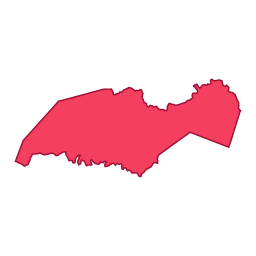 the district of Itambé, Bahia, Brazil
{"feature_id": "56859067B38142697000043", "entity_name": "Itambé", "entity_type": "district", "adm_level": 2, "iso_a3": "BRA", "parent_name": "Brazil", "parent_adm1": "Bahia", "projection": "albers", "projection_center": [-40.457, -15.162], "detail": "fine", "context": "isolated", "style": "filled", "palette": "rose", "viewbox_px": 256, "rotation_deg": 0, "n_neighbors": 0, "source": "geoboundaries", "source_scale": "gbopen_adm2", "svg_char_len": 4482}
<svg xmlns="http://www.w3.org/2000/svg" viewBox="0 0 256 256"><path d="M58.7,101.0L51.9,108.7L41.0,120.8L39.4,122.5L31.7,131.1L23.2,140.6L15.4,161.4L16.5,161.7L17.4,162.2L18.6,162.9L20.0,163.3L20.9,163.9L22.0,164.2L23.1,165.1L24.0,165.9L25.1,166.0L26.1,165.4L26.9,164.9L28.1,164.3L28.6,163.3L29.1,161.8L29.6,160.9L30.0,160.1L30.0,159.1L30.1,158.1L30.8,157.3L31.7,156.0L32.2,154.4L33.5,154.0L34.5,154.0L35.4,153.8L36.5,154.0L37.8,153.8L38.7,153.2L39.6,153.0L40.5,153.3L41.6,153.8L42.7,154.3L43.7,154.6L44.6,154.9L45.6,154.6L46.5,154.3L47.4,154.2L48.4,154.1L49.4,153.7L50.7,153.3L52.0,153.3L53.1,153.3L54.4,154.1L55.5,155.3L56.8,155.6L57.7,155.5L58.5,154.8L59.5,153.8L60.4,153.6L61.5,153.1L62.3,152.3L63.6,152.0L64.5,152.0L65.8,152.0L65.8,153.4L66.0,154.5L66.4,155.3L67.0,156.4L68.0,157.7L68.4,159.2L68.7,160.3L69.5,160.8L70.9,160.4L72.3,160.6L72.9,161.2L72.6,162.3L73.5,163.1L74.7,162.8L75.3,161.8L75.3,160.7L75.5,159.2L76.1,157.5L76.8,156.5L77.7,156.2L78.6,155.6L79.4,155.1L80.5,155.5L79.3,156.6L79.0,157.7L78.8,158.8L78.2,160.3L77.8,161.2L77.8,162.3L78.1,163.6L78.7,164.8L79.6,164.5L80.7,163.5L80.8,162.2L80.9,161.2L81.9,160.1L82.9,160.5L83.7,161.0L84.8,161.7L85.1,162.5L85.5,163.5L85.6,164.7L86.7,165.7L87.8,165.2L88.7,164.8L89.8,164.8L90.8,165.2L91.8,164.8L91.4,163.4L91.0,162.2L90.8,161.2L90.9,160.1L91.9,159.7L92.6,160.7L93.0,161.6L93.9,162.4L94.8,163.3L96.0,163.5L97.1,164.1L98.3,164.2L99.3,164.0L99.9,163.3L100.5,161.8L101.5,162.4L103.1,162.7L104.0,161.9L105.0,161.2L106.4,162.2L105.5,163.1L104.9,164.3L104.7,165.4L105.2,166.6L106.5,166.3L107.6,166.1L109.1,165.6L109.8,164.5L111.1,164.3L111.8,163.4L113.2,163.5L114.7,164.1L115.6,165.2L116.3,164.1L117.4,163.5L118.4,164.0L119.2,164.3L120.1,164.0L121.0,163.7L121.8,164.5L121.9,165.6L121.6,166.4L121.8,167.8L122.2,169.2L123.4,169.2L124.2,167.8L125.4,167.7L126.1,168.5L126.7,169.7L127.5,170.8L128.4,170.3L129.8,170.5L131.1,171.1L131.6,172.6L132.4,173.1L133.7,172.8L134.9,172.9L136.0,172.9L137.0,173.1L137.9,174.1L138.8,175.9L140.0,176.7L141.1,176.2L141.4,175.4L141.6,173.9L142.8,172.9L143.8,172.4L144.6,171.4L145.2,170.4L146.1,169.6L146.9,169.2L148.0,168.4L149.6,167.6L150.8,167.0L151.5,166.2L152.1,165.4L152.4,164.5L153.1,163.6L154.1,162.7L155.4,162.6L156.5,162.9L157.6,163.2L157.7,161.9L157.6,160.4L157.4,159.3L157.2,158.2L157.9,157.2L158.2,155.9L159.0,154.7L160.1,153.9L181.7,138.2L183.8,136.8L185.1,135.9L189.8,132.4L191.0,132.6L228.7,147.2L230.9,140.9L236.4,123.0L238.8,115.5L239.8,112.1L240.6,110.7L239.1,109.4L238.7,108.3L238.4,107.4L238.7,106.5L238.8,105.5L238.6,104.5L238.7,103.3L238.4,102.0L237.8,101.1L237.1,100.1L236.8,98.7L236.2,97.3L235.6,96.2L235.5,95.2L235.0,94.4L234.2,94.1L233.6,93.5L232.7,92.6L231.1,92.3L229.5,92.0L228.2,91.2L228.6,90.2L228.6,89.1L228.9,87.8L228.1,86.6L227.4,86.1L226.5,85.2L225.4,86.3L224.3,86.1L223.1,85.3L222.5,84.4L222.6,83.3L222.1,82.2L222.2,81.1L221.5,80.5L220.5,80.6L219.4,80.0L218.4,80.0L216.9,80.5L215.5,80.7L214.4,80.8L213.3,80.5L212.6,79.7L211.5,79.3L210.5,80.4L210.6,81.4L211.0,82.7L210.7,83.8L209.4,84.4L207.6,84.0L207.1,85.2L205.8,85.1L204.8,84.6L203.4,84.8L202.4,85.3L201.5,86.1L201.0,86.9L200.5,87.8L199.6,87.9L198.5,86.8L197.7,85.6L196.8,84.2L195.8,84.4L194.7,85.1L193.6,85.6L193.8,86.5L194.8,87.0L195.7,87.4L195.8,88.6L196.7,89.3L197.4,90.4L197.8,91.9L197.4,92.8L196.2,93.1L195.3,93.2L194.2,93.1L192.8,93.5L192.4,94.5L192.1,95.8L192.5,97.0L192.5,98.0L191.8,98.7L190.7,99.1L189.7,100.3L188.8,100.2L187.7,100.4L186.3,101.5L185.3,102.6L184.2,102.8L177.8,104.9L176.2,105.2L175.0,105.2L173.7,104.4L172.2,104.5L171.0,103.9L169.4,103.3L168.5,104.3L168.0,105.4L167.4,106.3L167.3,107.6L167.3,109.0L166.7,110.4L164.8,110.8L164.0,109.7L162.8,109.5L161.9,109.5L161.0,109.8L160.2,109.4L159.2,109.4L158.1,108.6L157.5,107.6L156.8,106.5L155.7,106.4L154.5,106.9L153.6,107.0L152.3,105.9L151.1,105.6L150.3,105.3L149.4,106.1L148.1,106.8L146.6,105.6L146.3,103.5L145.3,102.9L144.2,102.8L143.6,101.1L143.3,99.6L142.2,98.0L142.2,97.1L142.3,95.9L142.5,94.6L142.9,93.7L142.5,92.6L141.9,91.7L141.8,90.7L141.1,89.6L139.7,89.9L138.6,90.5L137.5,90.7L136.4,90.4L135.2,90.9L134.2,90.1L133.3,89.7L132.6,88.8L131.6,88.3L130.7,88.1L129.6,87.5L128.3,87.7L127.6,88.5L126.3,88.9L125.2,89.4L124.0,89.8L123.0,90.8L121.8,92.1L120.6,92.0L119.7,92.0L119.2,92.9L118.6,93.6L117.7,93.7L116.8,93.6L116.0,94.0L115.0,94.8L113.8,95.0L113.2,94.1L113.3,92.7L112.5,91.6L112.1,90.1L111.2,89.0L109.8,89.3L105.3,89.2L103.6,89.2L68.5,98.7L67.3,99.0L59.8,101.0L58.7,101.0Z" fill="#f43f5e" stroke="#9f1239" stroke-width="1.5"/></svg>